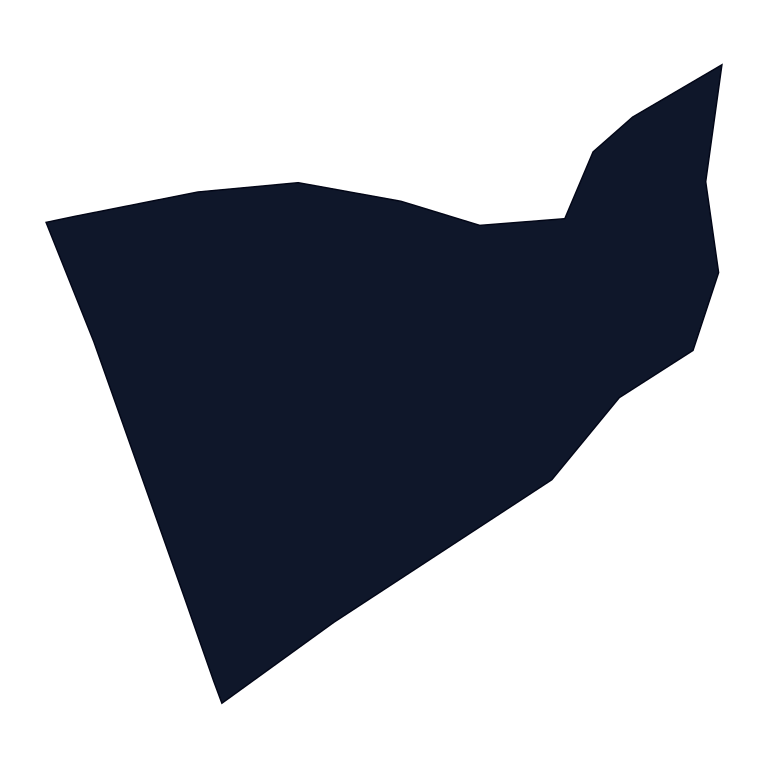 Nyala Janoub, Southern Darfur, Sudan (Equal Earth projection)
{"feature_id": "16777658B27261158380636", "entity_name": "Nyala Janoub", "entity_type": "district", "adm_level": 2, "iso_a3": "SDN", "parent_name": "Sudan", "parent_adm1": "Southern Darfur", "projection": "equal_earth", "projection_center": [24.841, 12.018], "detail": "fine", "context": "isolated", "style": "filled", "palette": "ink", "viewbox_px": 768, "rotation_deg": 0, "n_neighbors": 0, "source": "geoboundaries", "source_scale": "gbopen_adm2", "svg_char_len": 392}
<svg xmlns="http://www.w3.org/2000/svg" viewBox="0 0 768 768"><path d="M469.6,533.5L551.8,479.7L619.3,397.6L693.0,350.4L718.6,272.6L705.7,181.7L721.9,64.8L632.6,117.1L593.1,151.9L564.8,218.7L479.8,225.4L401.0,201.3L298.2,182.7L197.9,192.0L75.6,216.2L46.1,222.4L93.8,341.6L184.7,598.2L213.7,681.1L221.9,703.2L333.8,622.3L469.6,533.5Z" fill="#0f172a" stroke="#020617" stroke-width="1.5"/></svg>